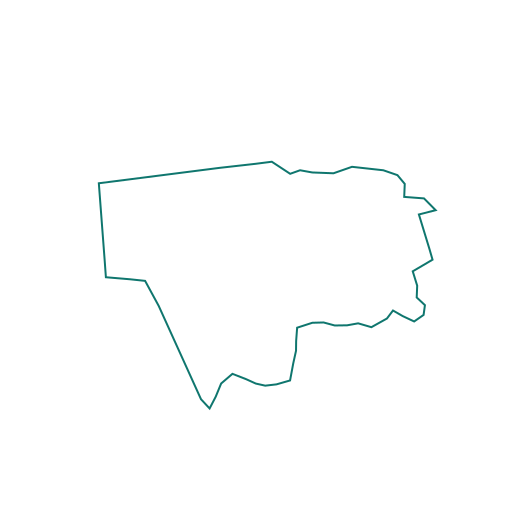 outline of Machados, Pernambuco, Brazil, rotated 217°
{"feature_id": "56859067B21118824924593", "entity_name": "Machados", "entity_type": "district", "adm_level": 2, "iso_a3": "BRA", "parent_name": "Brazil", "parent_adm1": "Pernambuco", "projection": "orthographic", "projection_center": [-35.513, -7.704], "detail": "fine", "context": "isolated", "style": "outline", "palette": "teal", "viewbox_px": 512, "rotation_deg": 217, "n_neighbors": 0, "source": "geoboundaries", "source_scale": "gbopen_adm2", "svg_char_len": 811}
<svg xmlns="http://www.w3.org/2000/svg" viewBox="0 0 512 512"><g transform="rotate(217 256 256)"><path d="M425.3,219.5L374.9,162.2L363.1,148.7L342.6,161.6L329.6,169.4L303.7,157.6L213.7,108.5L201.3,106.3L203.5,119.4L207.1,133.2L203.9,147.7L189.7,151.7L179.4,154.0L170.6,158.0L162.4,165.8L153.9,177.1L161.6,192.6L167.0,204.4L172.8,212.3L180.0,223.5L170.8,236.6L162.0,243.6L151.3,247.9L141.5,255.5L133.9,263.7L121.0,268.6L113.8,284.9L113.8,294.9L102.7,296.3L90.3,298.9L86.7,309.8L91.5,318.4L102.7,319.6L109.4,329.3L121.6,338.1L112.8,359.3L121.6,365.9L150.9,387.2L140.1,400.7L156.5,403.1L173.2,392.4L180.6,403.1L191.7,405.7L205.9,401.1L233.0,385.0L243.9,368.7L261.3,356.6L272.4,351.0L278.2,342.2L300.1,340.8L311.9,329.3L338.0,304.6L402.0,242.2L425.3,219.5Z" fill="none" stroke="#0f766e" stroke-width="2"/></g></svg>